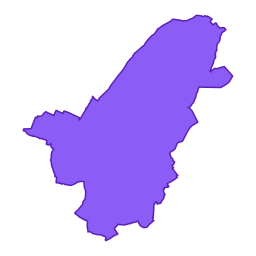 the district of Rosia De Secas, Alba, Romania, rotated 180°
{"feature_id": "2599482B90231933862617", "entity_name": "Rosia De Secas", "entity_type": "district", "adm_level": 2, "iso_a3": "ROU", "parent_name": "Romania", "parent_adm1": "Alba", "projection": "orthographic", "projection_center": [23.873, 46.048], "detail": "fine", "context": "isolated", "style": "filled", "palette": "violet", "viewbox_px": 256, "rotation_deg": 180, "n_neighbors": 0, "source": "geoboundaries", "source_scale": "gbopen_adm2", "svg_char_len": 5702}
<svg xmlns="http://www.w3.org/2000/svg" viewBox="0 0 256 256"><g transform="rotate(180 128 128)"><path d="M105.3,219.0L108.5,215.9L109.2,214.9L110.7,212.7L111.8,210.8L112.2,210.3L112.4,210.1L113.3,209.8L115.5,207.7L120.1,203.7L121.4,202.9L121.5,202.2L122.7,201.2L123.5,198.9L125.6,197.0L128.7,193.5L130.9,189.5L132.2,187.4L134.6,184.2L136.9,181.5L144.4,171.6L146.3,168.7L147.2,166.9L149.3,165.0L149.5,164.6L150.0,164.2L153.3,161.2L156.2,158.3L157.0,157.4L157.2,156.7L157.3,156.4L157.6,156.2L158.0,155.9L158.2,155.4L158.5,155.3L160.2,156.3L161.0,156.9L162.1,158.1L162.6,158.4L162.7,159.0L163.3,159.5L163.6,158.8L163.5,158.1L163.6,157.7L164.2,156.7L164.6,156.2L164.9,156.0L165.5,155.2L165.3,154.8L165.4,154.3L165.8,153.6L166.1,153.4L166.2,153.0L166.6,152.7L166.9,152.1L167.6,150.8L168.9,148.6L169.0,148.6L169.2,148.4L169.5,148.3L169.4,147.9L169.4,147.7L169.6,147.7L169.8,147.3L170.3,147.2L170.4,146.4L171.0,145.0L172.1,143.3L175.8,137.2L176.6,136.1L176.8,136.1L176.8,138.4L187.6,143.5L191.3,144.8L192.0,144.9L192.2,144.7L192.7,143.0L192.9,142.6L193.0,142.6L195.5,143.6L196.4,144.1L199.6,145.5L199.8,145.6L200.9,143.6L202.2,140.6L208.1,143.2L210.2,144.3L212.3,142.6L213.3,141.2L213.9,140.3L214.3,140.0L215.8,139.8L217.7,139.7L218.0,139.7L218.2,139.9L218.5,139.9L218.7,139.7L218.8,139.0L219.1,138.4L220.4,138.7L220.6,138.5L223.1,132.2L224.8,127.5L225.0,127.4L227.6,127.1L231.6,127.1L232.4,126.9L232.6,126.3L232.6,125.5L231.9,125.0L230.9,124.8L229.8,124.0L229.4,123.3L229.1,122.6L228.8,122.4L228.5,122.3L227.5,121.4L226.7,121.0L226.2,120.9L224.9,120.2L224.0,120.4L222.9,119.6L221.1,119.6L220.1,119.4L216.9,118.0L216.2,117.3L214.6,117.5L213.6,117.2L212.4,116.5L211.9,116.5L211.4,116.7L209.8,115.7L209.5,115.4L209.3,114.8L209.2,114.0L209.3,113.4L209.7,112.2L209.6,111.8L208.9,111.6L208.1,111.1L207.2,111.1L206.0,111.6L205.1,112.1L205.0,110.8L205.1,109.9L204.8,108.9L204.5,108.5L204.2,108.3L203.3,107.6L202.7,107.3L202.5,106.9L203.9,104.5L204.5,102.7L204.7,101.3L204.8,97.5L205.3,96.5L205.4,96.0L204.8,94.0L204.4,91.1L204.1,89.9L203.8,88.7L203.1,87.0L202.2,83.9L201.2,82.0L201.2,80.1L201.1,79.5L199.2,78.7L199.5,77.7L199.8,75.2L199.8,73.5L199.7,73.2L198.6,73.6L198.1,73.2L197.1,72.7L195.4,72.9L195.0,72.8L194.6,71.9L194.1,72.2L191.9,72.3L191.5,71.7L190.9,71.5L189.6,71.3L188.9,71.3L187.2,70.8L185.6,70.6L184.9,70.7L181.9,71.8L178.4,73.8L177.5,74.1L176.7,74.3L173.3,74.7L172.8,74.5L172.2,74.1L171.9,70.9L171.5,68.2L170.6,65.8L170.3,64.3L170.4,61.8L170.8,57.6L171.1,56.9L172.0,55.6L172.9,54.5L173.2,53.0L173.6,51.4L178.0,46.1L180.0,44.4L181.2,42.8L180.8,42.4L176.3,38.9L176.1,38.6L175.7,38.5L174.7,38.0L172.8,36.8L170.9,35.8L168.8,35.2L168.4,34.9L168.6,33.7L168.8,31.0L168.7,29.3L168.6,28.1L167.9,24.1L166.6,24.4L166.1,24.3L163.9,23.1L163.2,22.4L161.7,22.3L159.6,21.5L159.0,21.4L157.7,21.4L154.8,21.1L154.3,21.0L153.2,20.3L152.2,19.8L150.6,19.3L150.1,18.9L149.9,18.4L150.5,16.9L150.6,16.3L150.5,15.7L150.2,15.4L147.7,16.5L146.4,17.2L144.4,18.7L140.6,20.9L138.2,22.0L141.7,27.4L137.8,31.7L136.2,31.4L132.4,31.1L131.4,31.1L127.1,32.2L125.1,32.5L125.0,33.2L122.6,33.3L122.0,33.8L120.6,33.9L119.4,34.2L118.1,35.0L117.6,33.7L116.1,30.8L115.6,30.2L113.6,29.0L112.1,28.3L109.4,28.7L108.5,29.4L106.1,32.2L105.5,32.6L103.5,34.4L102.9,34.8L102.3,35.4L103.3,36.1L103.0,37.2L103.1,37.6L102.8,38.4L102.8,38.6L103.2,38.7L103.2,39.7L102.8,40.2L102.6,40.8L102.5,41.8L102.5,43.7L102.4,44.8L102.2,47.9L102.3,49.7L102.1,50.9L101.8,51.4L101.3,51.8L101.3,53.3L99.6,54.1L99.1,52.7L98.9,52.3L98.5,51.9L98.0,52.2L98.1,52.4L96.4,52.5L95.4,52.9L95.6,53.2L94.9,53.9L92.1,58.1L92.3,59.0L91.9,59.3L91.8,60.4L91.5,61.1L91.2,61.0L91.0,61.3L92.1,63.6L92.6,65.2L92.6,66.6L91.8,66.9L91.9,67.7L91.5,67.8L91.6,68.2L90.7,68.6L90.0,68.6L89.5,68.8L89.1,68.6L88.0,68.8L87.8,69.0L87.6,69.5L88.0,69.9L87.4,69.9L88.8,72.4L85.2,74.3L84.7,74.4L84.4,74.9L83.9,75.0L82.9,75.6L82.5,76.1L81.2,76.6L80.8,77.2L78.7,78.7L79.5,80.0L78.3,80.7L83.6,87.4L82.5,88.1L83.9,90.1L82.4,91.7L81.6,93.4L81.5,94.4L82.2,94.5L82.7,94.7L83.5,97.5L84.8,98.4L86.3,102.7L85.3,104.2L84.8,104.4L82.3,105.8L81.1,107.1L80.4,108.4L79.7,110.3L79.3,111.2L78.7,112.8L78.4,113.1L77.6,113.5L74.9,114.3L73.4,114.9L68.4,124.7L66.1,128.2L63.9,130.4L62.6,131.1L58.2,133.9L64.2,145.6L65.3,146.6L67.4,148.7L66.3,148.8L65.8,149.6L64.9,150.4L63.7,152.3L62.8,153.1L62.4,153.6L62.0,155.2L61.6,155.8L60.5,158.1L60.2,159.4L60.0,160.7L59.3,163.0L58.3,164.4L58.0,166.7L57.5,167.5L57.1,168.9L35.2,168.5L29.0,172.2L27.9,173.1L26.5,174.5L23.4,179.9L31.7,189.4L35.0,188.6L38.0,187.6L39.7,187.4L40.8,187.6L41.5,187.4L42.6,186.8L43.9,185.5L44.7,185.0L45.1,184.2L45.9,184.6L45.3,186.0L45.3,186.3L45.0,186.9L45.0,187.6L44.7,188.3L44.7,188.7L44.4,189.0L42.7,192.9L41.8,196.8L40.8,197.6L40.4,198.6L40.4,199.7L40.7,200.1L40.5,200.6L40.9,201.3L40.5,201.6L40.6,202.4L40.3,202.8L40.5,204.0L39.7,204.8L39.6,205.4L39.2,205.7L39.2,206.3L39.2,207.0L39.4,207.4L39.3,207.8L39.4,208.2L39.2,208.7L39.1,209.5L39.3,210.7L39.0,211.4L36.5,214.9L36.1,216.3L35.9,217.7L36.0,218.4L35.8,219.4L35.4,220.3L34.8,221.2L34.0,223.3L33.5,223.8L32.2,224.5L30.8,225.6L30.4,226.4L30.2,226.6L31.2,227.7L32.0,228.3L32.7,228.4L34.9,228.2L35.8,227.8L36.1,227.8L37.3,229.1L38.5,230.2L39.4,232.3L39.9,232.9L40.7,232.9L41.1,232.7L41.9,232.0L43.0,231.2L44.3,232.7L45.0,233.4L45.8,234.0L44.7,236.0L44.0,236.6L43.9,237.0L48.5,239.9L49.2,239.3L50.9,240.3L52.9,239.3L54.3,240.0L58.1,240.6L59.6,240.6L61.2,239.5L63.0,237.9L67.2,236.3L68.7,235.5L70.3,235.2L73.7,235.2L75.8,235.8L83.3,236.8L84.1,236.0L85.7,234.6L94.2,230.0L94.4,229.6L94.9,229.3L97.1,227.4L97.6,227.6L98.6,226.7L98.5,226.4L100.6,223.6L101.3,222.5L101.6,222.2L101.9,221.8L102.7,221.2L103.5,220.8L104.6,219.8L105.1,219.6L105.3,219.0Z" fill="#8b5cf6" stroke="#5b21b6" stroke-width="1.5"/></g></svg>